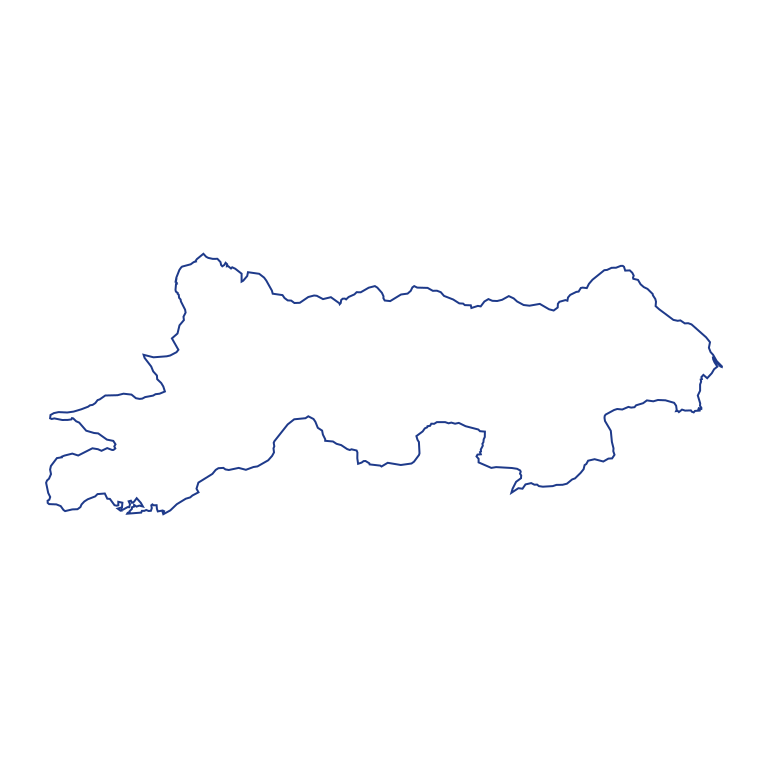 Lelese, Hunedoara, Romania
{"feature_id": "2599482B96170232434184", "entity_name": "Lelese", "entity_type": "district", "adm_level": 2, "iso_a3": "ROU", "parent_name": "Romania", "parent_adm1": "Hunedoara", "projection": "equal_earth", "projection_center": [22.652, 45.736], "detail": "fine", "context": "isolated", "style": "outline", "palette": "blue", "viewbox_px": 768, "rotation_deg": 0, "n_neighbors": 0, "source": "geoboundaries", "source_scale": "gbopen_adm2", "svg_char_len": 6070}
<svg xmlns="http://www.w3.org/2000/svg" viewBox="0 0 768 768"><path d="M511.4,492.8L518.4,488.2L522.5,488.7L525.5,484.4L531.2,483.1L534.4,484.7L537.1,484.6L538.9,486.1L542.8,486.7L552.8,486.1L556.4,484.9L562.5,484.8L566.9,483.7L572.2,479.4L575.0,478.4L580.6,472.9L583.6,469.2L584.6,465.1L586.3,464.0L588.1,460.7L594.6,459.2L603.3,461.5L608.4,458.6L612.1,458.4L614.5,454.8L613.3,451.2L613.5,448.3L611.9,441.9L610.8,430.8L605.0,421.0L604.5,417.9L604.7,416.0L605.6,414.6L614.1,410.0L617.2,409.0L622.3,409.5L628.4,406.9L631.1,407.6L634.5,407.2L636.1,405.3L643.1,403.2L646.9,400.4L653.3,401.3L657.9,400.0L665.4,400.3L674.1,402.8L676.1,405.7L676.7,409.8L676.1,411.1L677.7,410.9L678.9,412.1L682.0,409.6L685.1,410.6L690.9,410.4L691.8,411.7L693.7,412.4L695.0,410.9L699.7,410.6L699.9,409.6L698.4,409.3L698.8,408.2L701.3,408.9L701.4,407.9L700.0,405.7L700.2,403.4L697.8,395.5L700.1,390.7L700.1,384.4L701.1,381.7L700.7,379.5L701.9,379.1L701.4,377.1L703.4,374.9L707.2,378.2L711.8,373.2L714.1,369.2L717.4,366.6L714.6,362.5L713.2,359.3L712.8,356.6L715.7,361.3L720.4,366.4L721.8,367.0L721.9,366.4L716.7,361.1L713.1,354.8L710.6,352.1L708.9,347.8L710.0,342.2L706.1,337.3L691.5,324.4L688.2,323.2L684.8,323.4L680.4,320.4L677.7,320.8L673.4,319.9L659.2,309.3L655.6,306.1L656.0,301.7L655.3,299.0L652.9,295.3L652.7,294.0L647.5,288.9L643.8,287.1L640.6,284.3L638.0,279.9L633.3,278.8L633.0,277.7L633.7,275.6L632.3,272.8L629.8,270.4L625.2,270.6L624.0,266.8L622.8,265.9L620.7,265.9L616.1,267.7L611.6,267.8L607.1,269.9L604.3,270.2L592.5,279.7L588.9,283.9L586.8,288.1L582.6,287.6L580.8,288.0L578.6,291.6L576.3,291.9L570.2,294.9L568.0,297.5L567.4,300.7L565.4,300.1L559.4,301.8L557.9,303.8L557.7,307.5L553.7,310.5L549.1,309.3L539.8,303.9L529.5,305.7L523.6,305.0L517.1,301.5L513.7,298.4L508.8,296.1L502.1,299.8L497.2,301.0L492.3,300.8L488.4,299.1L484.4,301.5L480.7,306.4L477.9,305.9L471.4,308.0L470.8,305.3L464.8,305.1L463.1,303.6L459.3,303.4L453.2,299.5L444.0,295.9L440.8,292.2L436.9,290.7L432.8,290.8L427.6,287.9L417.2,287.6L414.2,286.1L412.4,287.4L410.7,290.9L407.6,293.6L401.0,294.5L390.2,301.1L384.7,300.5L383.4,298.2L383.5,296.3L381.9,292.8L377.3,287.6L374.9,286.1L368.7,287.7L360.7,292.3L356.6,292.2L354.4,294.4L348.6,297.0L346.1,299.4L344.9,298.6L342.7,298.7L341.2,300.0L340.7,303.1L339.7,304.2L339.4,303.3L330.9,297.2L323.0,299.1L316.8,295.8L314.1,295.5L308.3,297.0L299.8,302.8L294.4,303.0L291.2,300.6L287.7,300.4L284.5,298.0L282.5,295.1L272.7,293.7L271.9,290.6L266.3,280.6L264.1,277.6L259.2,273.8L248.0,272.2L247.2,276.0L243.2,280.7L241.6,281.6L241.6,273.7L235.2,268.7L232.2,267.3L231.0,268.5L228.1,266.1L226.9,266.3L227.2,264.3L225.6,262.8L224.4,264.9L222.3,266.3L221.1,265.0L220.5,262.1L217.4,258.8L212.9,258.9L208.3,257.9L206.2,256.8L203.4,253.8L196.9,259.1L195.6,260.9L195.9,261.5L193.7,262.1L190.7,264.3L182.1,266.6L181.1,267.5L179.4,269.9L176.4,277.5L175.8,280.6L176.1,280.4L175.8,281.9L176.6,282.6L176.3,283.2L176.8,283.8L176.0,284.3L175.5,289.9L175.9,291.6L177.7,292.9L177.6,293.7L178.7,294.7L179.1,297.8L180.6,299.5L180.9,301.4L185.1,309.7L185.6,312.6L183.5,316.7L183.9,320.1L179.5,325.3L177.5,333.5L171.9,338.4L178.4,349.8L176.5,352.2L170.2,355.5L166.7,356.3L153.5,357.3L143.6,354.8L144.6,357.9L151.2,366.5L153.2,371.4L156.9,375.5L157.2,379.2L161.2,383.0L163.3,386.5L164.9,391.5L159.6,393.7L155.5,394.2L153.1,395.6L145.1,397.1L142.3,398.6L139.6,398.9L135.9,398.2L131.5,394.6L123.5,393.7L117.5,395.2L105.3,395.5L99.7,399.4L97.6,400.1L95.3,403.1L92.6,404.9L90.0,405.3L88.1,406.7L81.3,409.3L73.6,411.6L67.3,412.5L58.6,412.1L53.9,413.1L50.5,415.0L50.1,418.3L51.7,419.0L54.3,418.4L62.3,420.0L67.9,419.9L71.4,419.4L72.0,418.1L73.2,418.4L76.2,421.3L79.2,422.6L86.2,430.7L94.1,433.0L98.2,433.4L106.9,439.6L113.3,440.9L115.5,444.3L114.3,446.4L115.3,448.5L113.5,449.9L112.2,450.0L107.2,448.1L101.5,450.8L97.9,449.2L92.4,448.3L78.2,455.5L72.3,453.6L64.4,455.6L61.7,456.7L61.8,457.3L56.9,458.1L50.9,466.0L50.1,469.6L51.0,474.1L49.0,478.7L47.0,480.5L46.1,482.8L48.2,492.9L50.2,497.0L49.3,499.7L47.6,500.7L47.7,502.9L49.1,504.1L56.4,504.4L60.7,506.1L63.5,510.0L65.1,511.1L72.3,509.4L77.5,509.2L80.4,507.1L81.5,504.5L84.3,501.5L87.7,499.3L95.2,496.4L97.5,494.1L104.8,493.5L107.3,498.7L109.9,498.9L114.5,505.2L116.6,505.7L118.3,505.3L118.3,501.8L122.4,502.7L122.0,507.3L117.7,508.6L120.5,510.7L121.3,510.6L121.0,510.1L121.7,509.4L123.1,509.6L127.6,507.1L129.2,507.2L130.0,504.2L128.7,501.3L130.9,500.7L132.0,502.8L134.0,501.8L136.7,498.2L140.8,502.8L142.9,506.5L139.3,505.6L136.5,506.6L134.1,504.9L134.0,506.6L131.9,507.3L131.9,508.9L129.5,511.3L129.7,512.2L127.7,512.8L127.2,513.7L141.2,512.6L141.9,510.9L144.3,510.9L146.2,510.0L148.7,511.0L150.9,510.8L151.8,508.1L151.3,505.3L152.4,504.4L153.6,505.3L156.6,505.2L156.9,508.8L157.8,511.4L162.7,510.5L164.1,511.2L163.7,512.1L162.7,512.3L163.3,514.2L170.3,510.4L176.8,504.2L185.8,498.7L190.2,497.4L192.4,495.5L198.5,492.3L196.5,488.7L198.4,482.6L212.4,473.9L215.7,469.9L218.4,468.2L223.4,467.9L225.4,469.4L228.8,470.0L238.7,467.9L245.9,469.8L253.5,467.0L257.5,466.4L268.2,460.3L272.1,455.9L274.0,452.4L273.5,448.3L274.3,446.3L273.7,442.8L274.4,441.2L287.7,424.4L294.2,419.3L305.5,418.2L308.3,416.3L313.5,419.0L315.4,421.8L317.8,427.8L322.1,430.6L322.9,434.6L325.2,439.2L325.2,440.8L333.0,441.5L336.5,443.8L341.2,445.1L347.2,449.1L349.8,450.0L351.5,449.3L356.6,450.5L357.4,452.4L357.3,458.3L358.1,463.8L361.6,462.6L363.6,461.1L365.5,461.0L369.3,463.3L369.6,464.4L380.2,465.6L381.5,466.5L387.7,462.8L400.8,465.0L411.5,463.5L414.0,461.7L419.0,455.0L419.5,453.3L418.9,442.0L417.5,439.8L416.4,436.1L422.7,431.4L424.8,428.4L427.2,427.3L427.5,426.2L430.1,425.8L431.3,423.7L434.2,423.8L436.9,422.1L445.1,422.1L448.6,423.3L451.3,422.6L455.1,423.7L458.8,422.9L465.6,426.2L478.3,429.5L480.0,431.2L484.9,431.6L484.8,437.0L483.7,439.3L483.4,442.2L482.4,443.8L482.8,445.7L480.8,449.5L481.0,451.4L480.0,452.1L480.8,454.3L477.5,454.6L476.5,456.4L478.6,458.8L478.6,462.4L491.3,467.9L496.1,467.1L511.8,468.0L517.1,468.8L520.2,470.5L520.7,471.8L520.0,473.7L521.2,475.4L521.0,478.2L516.1,481.8L512.6,488.7L511.4,492.8Z" fill="none" stroke="#1e3a8a" stroke-width="2"/></svg>